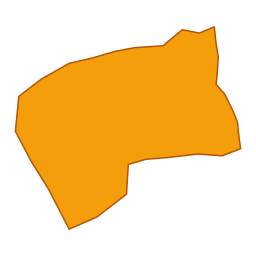 outline of Korakou, Nicosia, Cyprus
{"feature_id": "46923920B50913956941924", "entity_name": "Korakou", "entity_type": "district", "adm_level": 2, "iso_a3": "CYP", "parent_name": "Cyprus", "parent_adm1": "Nicosia", "projection": "mercator", "projection_center": [32.877, 35.036], "detail": "fine", "context": "isolated", "style": "filled", "palette": "amber", "viewbox_px": 256, "rotation_deg": 0, "n_neighbors": 0, "source": "geoboundaries", "source_scale": "gbopen_adm2", "svg_char_len": 479}
<svg xmlns="http://www.w3.org/2000/svg" viewBox="0 0 256 256"><path d="M182.3,29.7L163.0,45.8L135.2,47.6L116.1,51.1L91.8,58.1L69.2,63.3L41.4,79.0L18.8,96.4L15.4,131.3L31.0,161.0L48.4,188.9L69.2,229.1L97.0,216.9L126.5,194.2L128.3,164.5L145.7,159.3L168.2,157.5L197.8,154.0L222.1,155.8L240.6,148.7L238.5,132.7L237.4,122.0L233.2,111.3L224.7,94.1L216.1,84.5L217.2,73.8L218.3,56.7L216.1,43.8L214.3,26.9L199.3,33.1L182.3,29.7Z" fill="#f59e0b" stroke="#b45309" stroke-width="1.5"/></svg>